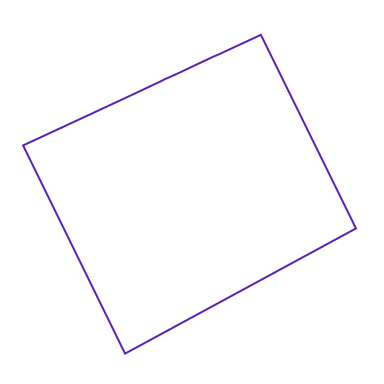 the district of Cochran, Texas, United States of America, rotated 64°
{"feature_id": "52423323B36453728926515", "entity_name": "Cochran", "entity_type": "district", "adm_level": 2, "iso_a3": "USA", "parent_name": "United States of America", "parent_adm1": "Texas", "projection": "albers", "projection_center": [-102.996, 33.607], "detail": "fine", "context": "isolated", "style": "outline", "palette": "violet", "viewbox_px": 384, "rotation_deg": 64, "n_neighbors": 0, "source": "geoboundaries", "source_scale": "gbopen_adm2", "svg_char_len": 330}
<svg xmlns="http://www.w3.org/2000/svg" viewBox="0 0 384 384"><g transform="rotate(64 192 192)"><path d="M78.2,213.9L76.1,323.4L307.9,323.0L296.6,60.6L80.9,61.2L80.0,108.3L79.7,113.4L79.4,134.9L79.2,152.7L79.0,161.3L78.7,165.9L78.8,171.0L78.7,178.5L78.2,213.9L78.2,213.9Z" fill="none" stroke="#5b21b6" stroke-width="2"/></g></svg>